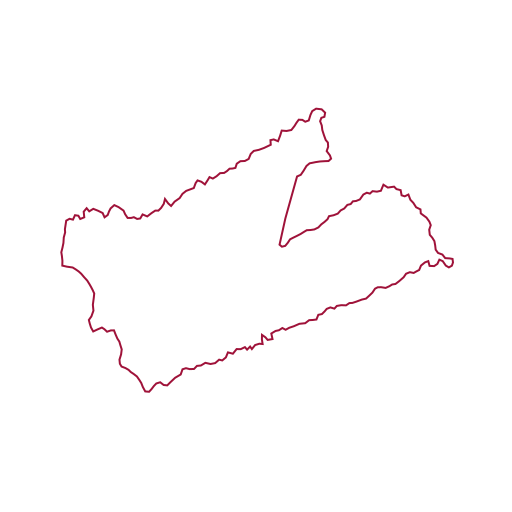 Campo Azul, Minas Gerais, Brazil, rotated 194°
{"feature_id": "56859067B68712405721437", "entity_name": "Campo Azul", "entity_type": "district", "adm_level": 2, "iso_a3": "BRA", "parent_name": "Brazil", "parent_adm1": "Minas Gerais", "projection": "natural_earth1", "projection_center": [-44.775, -16.516], "detail": "fine", "context": "isolated", "style": "outline", "palette": "rose", "viewbox_px": 512, "rotation_deg": 194, "n_neighbors": 0, "source": "geoboundaries", "source_scale": "gbopen_adm2", "svg_char_len": 3890}
<svg xmlns="http://www.w3.org/2000/svg" viewBox="0 0 512 512"><g transform="rotate(194 256 256)"><path d="M330.7,97.8L326.9,98.4L325.2,101.5L323.6,105.2L321.9,108.2L318.4,110.3L314.4,108.5L310.8,109.0L308.6,112.7L305.0,118.3L300.4,122.8L299.9,128.3L296.8,130.2L293.0,130.2L288.8,131.4L286.7,135.1L283.0,136.4L279.3,140.1L274.0,140.2L269.7,142.2L266.7,146.5L263.5,146.5L260.7,150.3L259.9,155.7L254.8,155.6L252.3,161.0L248.3,161.9L244.7,164.9L242.0,163.0L239.8,166.7L237.5,164.7L235.3,169.4L231.5,171.7L228.3,172.2L230.1,176.5L231.1,180.9L227.2,179.4L224.4,177.4L219.9,179.4L222.4,184.5L218.9,188.0L215.8,189.5L213.0,192.5L209.4,191.6L206.4,194.4L202.3,197.0L197.5,200.7L192.0,202.7L188.9,206.6L185.3,207.7L182.0,209.0L181.3,214.0L178.0,215.6L176.0,218.9L174.6,221.8L171.4,224.1L167.2,223.9L165.5,227.1L161.4,228.9L156.7,229.9L154.0,232.9L151.1,233.8L147.6,236.0L142.8,239.3L138.9,241.3L136.6,244.8L134.2,248.6L132.6,253.1L130.3,255.1L127.0,256.0L122.5,256.4L119.2,259.0L117.0,261.3L113.9,262.6L111.1,266.1L107.6,271.1L106.1,275.1L102.8,277.5L98.9,277.7L96.6,279.9L94.3,281.9L93.6,286.6L90.5,290.7L87.6,292.7L85.2,288.4L80.7,289.3L78.1,292.2L77.2,296.8L73.6,296.2L69.5,292.6L66.1,291.6L63.6,294.0L63.3,297.4L64.6,300.7L67.5,300.5L71.9,299.7L75.5,302.5L80.1,303.0L83.2,305.6L84.7,309.6L86.5,313.6L89.4,316.4L92.5,318.6L94.3,323.4L93.9,328.2L96.1,331.3L99.9,334.5L103.8,336.1L106.4,337.2L107.7,341.0L112.4,342.0L116.2,345.6L119.8,347.9L123.0,352.5L126.1,349.9L129.4,350.1L131.6,354.9L135.9,354.9L138.8,356.7L144.6,354.3L149.6,356.0L150.6,349.5L154.2,347.7L158.6,347.1L160.6,344.1L163.8,344.2L166.7,341.6L168.9,336.0L172.2,333.6L175.2,332.5L176.7,329.3L179.7,327.7L181.9,323.4L184.9,320.7L186.9,316.9L190.6,314.3L194.8,312.3L195.5,309.0L197.8,305.6L200.3,302.5L202.4,298.8L205.8,295.9L209.4,294.4L213.0,293.3L215.4,290.9L218.1,288.1L221.3,285.3L224.4,282.7L227.0,280.4L228.4,276.4L230.1,272.9L233.1,271.3L235.9,272.7L236.6,299.6L235.4,343.1L232.2,345.6L230.5,350.1L228.8,355.6L226.4,358.9L223.6,360.2L220.9,361.5L216.8,363.2L212.4,364.6L208.6,365.7L206.7,368.6L208.6,371.5L212.8,374.9L212.4,379.4L213.7,383.5L216.4,385.4L219.3,389.7L222.1,394.2L223.8,398.6L226.4,402.3L226.0,405.9L223.3,407.6L223.6,411.8L227.8,414.2L233.3,413.5L236.5,410.2L237.3,406.0L237.6,400.3L240.7,398.2L243.9,399.3L247.5,398.6L248.9,395.2L250.2,391.2L252.2,386.8L256.6,384.7L261.4,383.9L261.7,378.6L262.4,372.7L267.0,373.4L270.0,371.9L268.6,367.5L271.4,365.2L274.3,362.8L278.9,359.7L283.6,357.4L285.8,353.8L286.6,348.4L289.8,345.5L294.1,344.2L297.0,340.9L297.3,336.5L299.9,335.2L302.8,334.3L304.7,331.4L307.0,328.9L310.9,327.7L313.6,323.8L316.6,320.7L320.2,321.3L321.3,317.7L322.9,313.1L326.9,314.8L331.0,315.2L332.2,312.2L332.8,306.9L336.0,304.7L339.5,302.3L342.4,298.5L344.1,293.7L348.1,289.1L350.5,284.0L353.9,285.8L358.1,289.3L358.1,284.3L359.7,279.7L361.7,276.4L364.7,275.7L367.8,272.3L371.1,268.1L376.1,268.9L377.4,264.4L380.3,263.2L383.9,264.1L386.4,262.7L389.8,261.9L393.1,264.9L395.5,268.0L401.2,270.2L405.8,271.1L408.6,267.0L409.4,263.6L409.8,259.9L412.3,256.9L415.2,260.6L420.2,261.7L425.3,262.4L428.6,259.0L431.9,261.4L433.9,257.3L432.0,252.0L435.5,249.4L438.1,252.1L441.5,251.8L442.4,247.0L445.9,247.0L448.7,244.4L448.3,240.2L447.9,235.8L446.9,232.7L447.0,227.5L446.0,222.0L445.8,217.3L445.8,212.5L444.4,209.2L442.7,204.6L441.6,199.8L436.9,199.9L431.1,200.5L427.7,199.4L424.3,198.1L421.3,196.5L417.7,193.9L413.8,191.3L410.8,188.4L408.5,186.0L406.2,183.4L403.9,180.5L403.3,176.3L402.5,169.2L400.5,163.6L401.1,157.6L402.7,153.5L401.0,150.3L398.8,146.7L395.7,143.4L391.9,146.5L388.2,149.3L385.4,148.3L382.2,146.5L378.8,148.7L375.8,149.5L373.2,145.8L370.5,142.3L367.9,139.9L366.1,136.8L363.7,132.9L363.1,127.9L363.4,122.4L362.0,118.5L359.7,116.2L355.6,115.7L352.1,114.7L349.4,113.1L346.3,112.0L342.4,110.3L339.1,107.4L336.6,105.0L334.1,101.5L330.7,97.8Z" fill="none" stroke="#9f1239" stroke-width="2"/></g></svg>